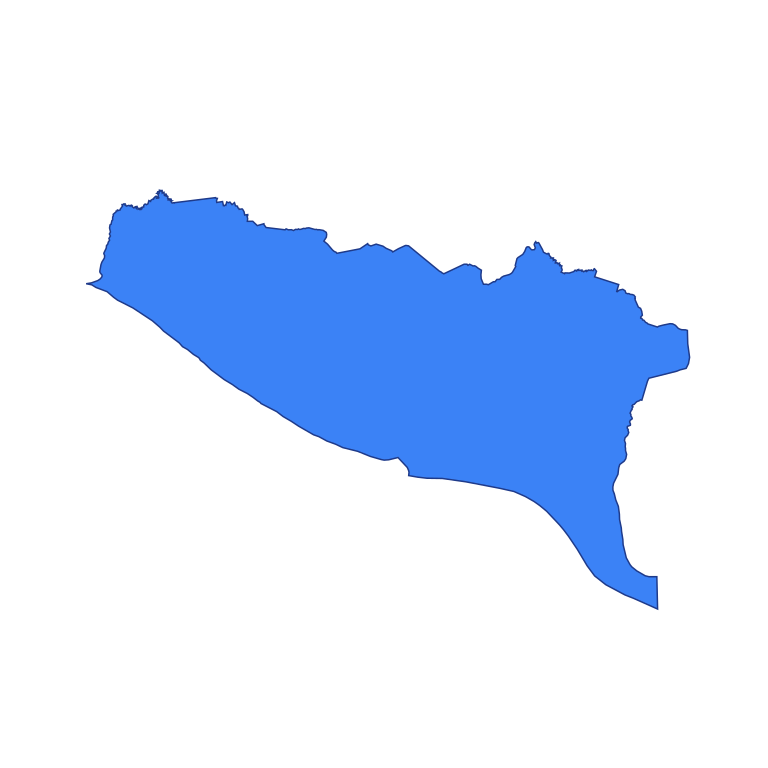 the district of Ubolratana, Khon Kaen, Thailand, rotated 281°
{"feature_id": "78962969B29703528432140", "entity_name": "Ubolratana", "entity_type": "district", "adm_level": 2, "iso_a3": "THA", "parent_name": "Thailand", "parent_adm1": "Khon Kaen", "projection": "mercator", "projection_center": [102.713, 16.795], "detail": "fine", "context": "isolated", "style": "filled", "palette": "blue", "viewbox_px": 768, "rotation_deg": 281, "n_neighbors": 0, "source": "geoboundaries", "source_scale": "gbopen_adm2", "svg_char_len": 6118}
<svg xmlns="http://www.w3.org/2000/svg" viewBox="0 0 768 768"><g transform="rotate(281 384 384)"><path d="M457.0,677.6L462.1,679.0L468.5,678.9L481.4,674.5L494.5,671.6L494.7,669.8L494.1,665.8L494.3,663.9L494.8,662.2L497.2,658.9L498.1,655.9L497.8,653.3L495.1,646.8L493.2,642.8L492.1,641.5L493.3,631.7L494.1,630.5L494.4,629.1L496.2,626.9L496.2,625.6L496.9,625.3L497.7,624.2L497.6,623.4L498.8,623.2L500.8,624.5L504.6,623.1L507.2,621.4L508.0,619.0L514.6,614.4L515.9,614.3L516.1,613.8L517.4,614.1L518.9,612.4L519.2,610.7L519.0,608.7L519.5,607.1L519.1,605.9L519.4,604.1L521.6,602.8L522.5,600.3L521.1,597.1L519.1,595.3L519.2,594.8L526.4,595.4L529.4,570.3L535.2,571.1L537.3,568.6L536.8,568.0L535.3,567.8L535.1,566.6L535.6,565.7L534.9,565.0L534.9,563.0L534.2,562.5L534.1,561.1L533.2,561.5L533.0,561.2L533.6,560.0L532.3,558.6L532.9,557.7L532.9,557.1L532.4,556.8L532.8,556.1L533.5,556.3L532.7,553.7L533.5,553.3L532.8,552.8L533.0,552.0L531.9,551.8L531.6,551.3L532.2,550.3L532.0,549.6L530.6,548.9L528.3,544.8L527.7,541.0L527.5,540.3L526.8,540.2L527.6,536.5L529.6,537.1L530.7,536.9L531.6,536.0L533.9,536.0L533.6,533.9L534.0,533.7L534.7,534.2L535.3,533.1L536.0,533.1L535.2,532.2L535.2,531.9L535.6,531.9L535.4,531.3L536.1,530.7L535.5,529.1L536.8,529.0L537.7,529.5L538.2,529.2L538.5,528.4L537.8,526.9L538.7,527.2L539.0,525.9L540.0,526.1L539.5,523.5L540.4,523.6L541.7,521.8L543.5,521.0L543.6,520.2L542.9,519.9L542.8,518.6L543.8,515.4L546.1,514.0L552.0,509.1L552.3,508.4L551.4,506.8L552.7,505.8L551.2,505.0L549.5,504.8L546.5,506.6L544.6,506.0L543.9,503.7L544.2,502.7L546.1,500.4L546.2,499.2L545.7,498.1L545.0,497.6L540.9,496.8L537.7,495.5L533.7,491.4L532.4,490.6L525.4,490.2L524.4,490.9L518.3,488.8L517.0,488.0L515.4,486.2L512.7,480.8L511.1,479.0L508.8,477.6L508.2,474.9L505.6,473.5L505.2,471.8L501.4,467.5L501.5,465.6L500.9,462.6L505.9,459.3L509.7,458.3L514.3,457.9L515.6,454.4L517.0,451.7L517.3,450.4L516.9,448.8L517.9,445.2L516.5,443.8L517.4,442.7L516.9,439.8L503.6,421.7L504.2,419.7L505.0,418.3L505.2,417.1L524.3,381.8L524.2,379.1L523.9,378.4L519.6,372.4L515.3,367.4L516.2,366.3L517.6,360.2L519.1,356.7L519.8,349.6L517.0,344.8L517.6,342.0L518.7,341.2L512.1,334.6L503.3,312.8L504.2,311.8L504.6,309.9L505.7,307.9L510.5,301.9L512.8,297.7L517.1,299.4L519.9,299.2L521.8,298.4L523.2,295.0L523.1,290.6L522.7,289.8L522.9,288.1L522.5,286.8L523.0,280.5L522.2,277.9L521.6,277.3L521.4,275.3L520.0,272.9L519.6,271.5L519.9,270.4L519.2,269.7L518.9,267.6L517.4,265.9L517.8,263.7L517.1,260.7L517.6,258.3L516.5,257.5L515.1,238.4L517.5,235.8L518.4,235.5L515.3,229.4L518.7,224.1L517.6,218.8L520.4,218.6L522.7,217.5L523.2,218.1L524.3,217.9L523.3,215.0L526.3,213.8L528.3,212.1L528.8,211.3L527.8,208.5L528.7,208.0L529.1,206.9L530.6,206.2L530.6,204.2L533.5,202.6L531.1,200.6L533.2,198.0L532.3,196.9L532.7,194.9L529.5,194.6L529.7,194.3L528.5,193.3L528.8,192.5L528.6,192.3L532.3,190.7L530.3,185.2L532.0,184.6L534.4,185.0L534.4,182.8L534.7,182.8L522.0,143.7L521.6,143.5L521.8,142.7L521.3,141.9L521.4,141.0L522.7,140.0L523.4,140.9L523.5,139.6L524.4,140.0L524.9,139.7L524.8,138.6L523.8,138.5L524.6,137.6L523.6,137.4L523.5,136.9L524.5,136.8L525.2,136.0L526.8,136.1L527.5,134.8L528.9,133.7L528.7,133.4L527.8,133.3L527.0,133.9L527.2,132.5L528.5,132.2L528.8,131.7L530.2,131.5L529.8,130.4L529.2,129.9L531.6,129.3L531.5,128.8L530.5,129.0L531.3,127.4L530.7,127.2L531.1,126.6L529.6,126.7L529.9,126.1L529.5,125.2L528.9,125.4L527.8,124.6L527.8,126.5L526.8,126.0L526.2,126.5L524.9,126.4L524.2,127.3L523.5,127.3L523.0,125.5L524.1,125.7L524.9,124.4L523.9,123.4L523.3,123.5L522.9,122.7L521.4,122.5L521.5,121.8L519.8,120.1L518.7,120.0L519.2,118.2L515.8,117.9L514.7,116.6L515.1,115.6L514.8,114.8L513.6,114.1L511.9,114.3L511.5,112.9L510.4,112.9L510.8,112.2L510.4,111.7L509.8,111.8L509.4,112.4L508.9,112.2L508.7,111.0L509.5,110.9L509.7,110.5L508.8,109.7L508.8,109.3L509.7,109.1L510.0,108.3L511.2,107.7L510.7,106.4L509.5,107.0L510.3,105.8L509.1,104.9L510.1,102.8L510.8,103.0L511.4,102.1L510.9,101.1L510.2,100.8L510.6,100.2L510.6,99.3L509.5,97.2L509.8,96.6L510.3,96.4L510.2,95.7L511.4,95.5L511.0,93.9L510.3,93.6L510.1,92.6L508.6,93.3L505.5,91.8L504.6,91.9L503.7,90.3L503.9,89.2L503.2,89.3L502.7,88.1L502.0,88.2L498.9,85.8L497.3,86.2L496.2,85.8L493.2,86.3L492.4,85.7L488.7,85.6L488.2,84.8L487.2,84.7L484.8,84.8L481.0,86.5L478.9,85.8L477.1,87.2L474.4,86.2L472.8,87.2L470.8,86.3L468.4,86.1L467.0,85.2L464.3,85.4L459.4,84.1L458.5,84.1L456.7,85.3L454.3,85.5L449.8,83.8L447.1,83.4L440.5,83.5L439.2,84.0L437.1,86.4L436.3,86.7L435.0,86.5L432.9,85.3L430.9,83.3L427.4,77.4L425.6,72.5L425.6,78.2L423.8,82.9L421.8,94.6L417.5,102.1L415.4,106.6L410.8,122.9L401.9,144.5L397.0,153.1L393.9,157.5L385.3,175.1L382.2,179.1L380.4,184.5L376.7,191.3L374.7,196.7L374.0,197.8L372.3,199.2L370.4,203.2L364.9,211.7L357.8,226.4L354.7,234.9L351.1,242.8L348.6,251.6L346.0,257.8L343.2,263.4L342.3,265.9L341.4,266.9L336.4,284.0L332.8,291.2L329.7,300.1L326.3,308.3L320.7,324.6L319.9,330.1L317.1,338.9L315.7,347.8L313.7,355.7L312.9,371.0L310.3,384.5L309.3,395.8L309.3,398.7L310.5,403.1L314.5,411.8L306.5,422.8L303.7,424.7L302.1,425.4L298.8,425.7L299.0,434.9L299.7,444.1L302.4,459.2L303.6,483.0L303.7,517.3L303.3,532.0L300.5,544.3L297.3,553.7L294.3,560.3L290.1,568.0L279.1,583.3L275.2,588.1L269.9,594.0L258.7,605.2L244.3,618.1L235.8,627.4L229.3,640.0L222.9,660.8L221.3,669.5L215.3,695.5L246.9,688.6L245.4,680.9L245.6,676.9L248.8,667.7L251.8,662.1L253.7,659.9L259.6,655.0L271.9,649.4L277.0,648.1L284.7,645.3L288.0,644.4L295.9,641.1L301.2,639.9L308.6,637.4L314.5,633.6L320.2,631.0L323.4,629.0L326.6,628.3L330.4,628.3L340.0,630.9L346.6,630.4L350.0,630.8L354.1,634.5L356.8,635.6L361.2,635.6L364.7,633.8L367.2,633.3L368.2,632.8L371.7,632.4L374.5,630.8L377.2,630.9L380.2,632.9L383.1,633.5L385.0,632.4L385.7,632.5L387.2,631.1L388.8,631.0L390.5,633.7L391.7,633.6L393.7,632.3L395.4,632.7L397.2,634.3L398.5,633.7L399.8,632.4L401.4,632.1L402.3,631.1L405.5,631.8L406.2,632.4L407.3,632.1L408.9,632.7L409.4,632.6L409.5,631.8L409.9,631.6L411.2,632.3L411.8,633.5L414.8,635.4L416.5,638.1L417.4,638.7L417.3,640.2L437.0,642.1L440.2,642.9L452.5,669.1L454.3,671.8L457.0,677.6Z" fill="#3b82f6" stroke="#1e3a8a" stroke-width="1.5"/></g></svg>